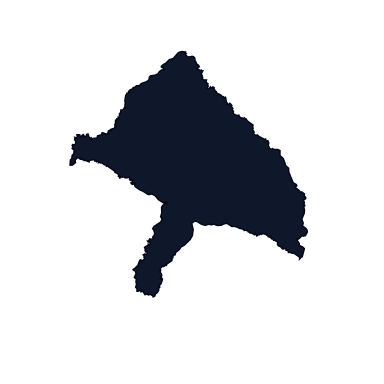 Muembe, Niassa, Mozambique, rotated 124°
{"feature_id": "85939544B2234925194697", "entity_name": "Muembe", "entity_type": "district", "adm_level": 2, "iso_a3": "MOZ", "parent_name": "Mozambique", "parent_adm1": "Niassa", "projection": "albers", "projection_center": [35.883, -12.778], "detail": "fine", "context": "isolated", "style": "filled", "palette": "ink", "viewbox_px": 384, "rotation_deg": 124, "n_neighbors": 0, "source": "geoboundaries", "source_scale": "gbopen_adm2", "svg_char_len": 6048}
<svg xmlns="http://www.w3.org/2000/svg" viewBox="0 0 384 384"><g transform="rotate(124 192 192)"><path d="M193.5,299.7L194.9,298.7L198.2,301.7L200.3,300.9L202.8,303.8L204.2,304.5L203.5,305.8L204.1,305.9L204.0,308.2L202.1,310.7L203.2,311.6L205.5,310.9L206.2,311.8L206.0,312.5L206.7,313.0L205.5,313.3L205.2,314.4L209.2,315.4L207.3,317.1L208.9,319.4L210.3,317.8L211.4,317.9L212.2,319.6L212.6,318.8L213.6,319.0L214.5,318.4L214.0,317.6L217.2,315.4L218.8,315.9L219.3,317.4L220.4,317.4L220.7,316.3L223.0,315.6L223.1,313.3L225.0,312.0L226.8,311.4L228.5,311.8L228.5,310.8L230.0,311.2L231.6,310.3L233.4,310.7L237.9,308.1L236.7,306.3L234.0,305.4L233.3,305.8L232.8,305.1L230.6,306.9L227.6,306.0L226.9,304.7L227.2,303.9L226.7,303.7L227.2,302.8L226.0,301.7L226.5,301.3L225.9,299.4L226.2,298.9L225.5,298.6L224.6,294.2L223.8,294.7L222.1,293.7L219.8,291.1L220.7,289.7L219.8,288.9L220.3,287.9L219.0,287.0L219.3,286.0L219.9,285.8L219.0,285.2L219.1,284.1L218.3,283.4L218.4,279.9L217.6,278.5L218.5,277.4L217.1,276.7L217.8,276.0L217.9,268.0L218.8,266.7L218.3,263.9L219.3,261.8L220.1,261.8L220.1,260.6L220.8,259.7L220.0,259.1L218.9,259.8L218.6,258.0L217.2,256.8L217.6,255.9L217.3,254.6L214.9,252.2L215.4,251.1L216.3,251.0L216.8,250.2L216.3,248.9L215.5,248.6L215.4,247.5L217.1,247.1L218.0,247.7L218.0,246.9L219.0,247.0L219.0,245.7L217.0,243.9L218.7,243.0L219.3,242.0L219.4,236.4L218.7,233.0L218.6,227.3L218.0,225.9L216.2,224.5L215.6,220.7L217.1,215.5L217.0,209.4L214.6,207.6L214.7,206.9L219.6,208.8L221.6,208.7L226.3,205.3L229.9,204.2L231.3,201.6L234.3,201.1L241.9,204.2L244.4,204.1L244.8,202.7L246.9,199.8L249.3,199.1L251.1,199.4L252.5,198.1L254.4,199.8L254.5,200.8L256.9,200.7L257.5,201.4L257.9,200.3L257.2,198.5L258.2,197.2L258.9,198.0L259.9,197.9L259.7,199.1L260.6,198.6L264.4,200.4L265.5,198.8L266.9,198.0L266.6,197.4L267.5,196.9L266.7,196.2L267.7,194.9L269.3,194.9L269.8,196.5L271.4,197.3L271.7,195.7L273.0,195.3L274.0,193.8L277.3,194.9L277.6,195.5L276.8,196.5L277.8,197.1L284.0,195.6L284.7,196.4L286.5,196.3L289.1,197.5L289.7,196.6L289.1,195.5L290.3,193.4L291.1,192.7L295.1,192.0L295.3,189.3L297.9,188.2L299.5,186.3L302.4,185.5L303.0,183.4L305.0,182.2L304.5,181.2L302.8,180.5L303.0,179.9L302.1,178.8L302.6,178.5L303.0,179.0L303.3,178.4L302.2,178.0L301.9,177.1L303.4,173.5L301.8,172.3L301.6,170.3L300.6,170.1L300.1,169.0L300.0,166.6L300.7,165.5L299.2,164.7L296.8,165.3L294.8,164.5L291.9,164.7L291.0,165.9L289.3,165.4L288.6,165.8L288.2,166.8L285.2,166.4L280.9,167.7L280.6,168.2L281.8,169.1L281.6,169.7L279.5,169.7L279.2,170.8L277.9,170.5L276.7,172.1L276.8,173.3L274.1,174.4L273.5,175.8L270.9,175.1L269.8,175.4L269.7,173.9L267.4,172.9L267.1,172.2L265.7,172.6L260.2,170.3L258.1,171.5L257.2,171.1L256.6,171.8L254.6,171.9L253.5,170.9L251.4,171.8L247.1,170.4L243.5,170.3L240.6,168.7L232.5,167.0L228.1,167.3L222.7,169.9L218.1,174.7L214.6,173.6L213.7,171.5L213.4,165.7L212.0,162.2L209.3,160.1L208.4,157.6L206.5,156.0L205.6,152.3L203.1,149.1L200.7,147.8L198.4,145.5L198.3,139.7L196.9,137.9L195.8,134.9L195.6,132.5L194.2,128.9L194.7,127.2L193.7,126.3L193.1,124.0L193.6,123.1L193.1,121.9L193.6,120.9L192.7,120.0L192.5,116.3L191.7,116.1L191.6,114.5L192.2,113.8L191.6,113.4L190.4,113.7L190.0,112.4L188.3,111.8L188.4,110.8L186.9,110.2L186.0,107.5L185.9,104.9L186.4,103.9L185.7,101.5L186.3,99.9L185.6,99.2L186.4,97.3L185.8,96.4L185.6,93.3L186.4,92.2L187.5,92.0L188.3,90.5L187.8,87.8L188.6,85.1L188.2,84.4L187.1,84.2L187.0,82.4L186.4,81.9L186.6,81.3L187.6,81.3L186.9,79.6L188.2,78.2L187.3,77.5L186.7,74.5L185.7,73.4L185.9,66.2L187.3,65.4L185.1,65.1L184.1,64.4L176.1,67.2L175.7,69.9L176.4,73.1L174.6,74.4L173.2,78.1L172.2,78.4L171.7,77.6L170.0,77.0L166.8,76.5L166.3,75.0L164.7,73.6L160.9,74.0L159.3,75.2L158.4,77.8L158.5,81.4L155.6,82.4L153.2,85.8L147.2,87.0L144.3,88.5L141.7,91.1L140.3,90.8L139.8,92.1L137.9,93.0L136.2,95.3L134.5,94.2L133.3,94.3L132.7,95.3L133.3,96.2L130.7,97.8L130.6,101.0L131.5,101.9L130.8,104.3L130.6,108.3L129.8,109.3L128.4,108.6L127.9,108.9L127.5,109.9L127.8,113.3L121.4,122.9L118.3,125.2L117.6,129.8L116.5,130.6L113.5,134.6L112.8,137.2L113.1,137.9L112.1,139.8L108.5,142.2L108.7,144.5L110.8,147.6L111.1,149.6L112.1,149.9L112.6,151.3L111.0,154.7L108.3,155.8L107.1,157.9L108.4,158.8L106.9,160.6L107.8,161.4L108.5,167.1L108.2,169.8L109.5,170.8L109.3,173.1L108.5,174.3L107.6,174.0L106.5,176.7L105.2,176.9L103.2,178.8L102.4,178.8L102.1,186.5L101.2,187.6L101.6,189.2L101.2,189.9L102.5,190.5L102.3,191.3L103.3,193.1L102.9,195.1L102.1,196.1L102.7,196.4L103.8,198.7L103.9,201.8L101.9,202.8L102.1,203.5L101.1,204.6L99.8,205.0L99.3,207.0L98.0,207.3L97.3,210.2L98.6,210.5L99.7,212.1L98.6,212.4L98.1,214.0L94.8,217.0L94.8,217.6L96.4,218.1L95.5,219.4L96.0,220.0L95.5,222.2L96.2,227.5L95.3,227.8L95.2,229.2L94.2,231.6L93.2,231.8L93.1,232.9L93.4,233.6L94.5,233.4L94.9,234.7L94.5,235.4L96.9,235.7L97.7,237.1L97.0,237.9L95.7,237.6L94.8,238.1L94.2,239.2L93.5,239.3L93.9,240.0L93.3,240.3L93.1,241.9L91.0,242.7L92.4,244.4L92.5,247.0L91.1,247.2L91.1,247.9L90.0,248.3L88.9,250.4L85.7,250.8L86.1,251.2L85.7,252.4L86.7,253.2L86.9,256.4L85.9,256.7L84.1,256.0L83.3,257.4L83.2,260.9L82.5,260.8L81.9,261.5L82.1,262.3L79.4,264.7L79.0,266.4L79.4,267.6L82.1,270.4L82.4,271.8L82.0,272.7L82.4,273.8L81.5,274.1L81.3,274.7L80.6,274.4L80.7,275.1L79.5,275.6L81.4,279.2L84.0,281.2L91.8,282.2L95.0,284.8L100.2,285.8L102.0,286.9L104.9,287.7L105.5,287.2L105.3,283.4L105.8,283.2L107.8,285.4L110.7,286.4L113.0,286.3L115.7,287.8L118.8,291.3L120.6,291.6L123.0,290.4L126.0,291.3L130.4,294.7L133.3,295.1L134.9,297.4L137.4,298.1L138.4,299.2L139.8,298.8L141.8,300.5L143.2,300.1L143.9,300.9L144.5,300.5L144.4,299.7L145.7,300.1L146.4,301.2L147.6,300.7L148.7,301.1L154.0,298.6L155.1,297.4L160.4,294.5L160.8,295.3L161.6,294.9L162.9,295.5L163.8,296.8L166.0,295.5L167.4,295.9L171.8,293.7L171.6,294.8L172.2,294.4L173.3,295.3L173.9,294.9L175.3,295.5L175.6,294.7L176.8,294.7L177.5,293.7L179.1,293.8L179.2,293.0L180.0,293.0L180.4,292.0L180.8,292.5L182.2,291.8L185.2,294.1L186.0,293.4L186.1,294.4L188.2,295.4L190.8,294.5L191.8,295.3L192.9,299.3L193.5,299.7Z" fill="#0f172a" stroke="#020617" stroke-width="1.5"/></g></svg>